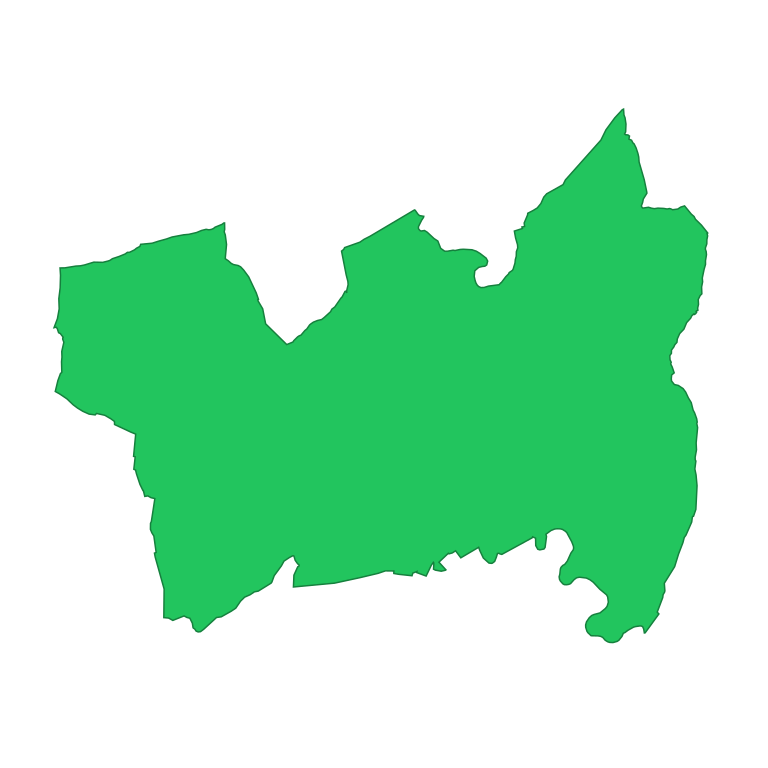 outline of Sercaia, Brasov, Romania, rotated 88°
{"feature_id": "2599482B18574543528453", "entity_name": "Sercaia", "entity_type": "district", "adm_level": 2, "iso_a3": "ROU", "parent_name": "Romania", "parent_adm1": "Brasov", "projection": "natural_earth1", "projection_center": [25.127, 45.831], "detail": "fine", "context": "isolated", "style": "filled", "palette": "green", "viewbox_px": 768, "rotation_deg": 88, "n_neighbors": 0, "source": "geoboundaries", "source_scale": "gbopen_adm2", "svg_char_len": 6079}
<svg xmlns="http://www.w3.org/2000/svg" viewBox="0 0 768 768"><g transform="rotate(88 384 384)"><path d="M579.1,503.8L578.1,503.0L571.7,500.4L562.2,492.9L557.5,490.1L554.1,484.6L552.5,481.2L552.6,480.3L552.9,480.0L557.1,478.9L560.8,476.5L561.4,475.5L562.3,475.1L563.2,475.6L563.7,476.6L571.9,480.7L583.7,481.6L581.3,440.4L576.6,414.3L573.0,396.4L570.8,389.1L571.2,380.7L573.7,380.8L574.7,376.0L576.6,362.7L574.0,361.8L572.5,357.6L573.6,357.9L577.4,348.6L566.9,343.1L563.9,340.9L564.3,340.6L566.1,340.5L570.8,341.0L571.8,339.2L573.1,333.3L572.3,329.2L571.9,328.6L564.0,335.3L555.4,325.6L556.0,325.0L555.2,321.6L553.2,318.3L560.4,313.3L550.5,295.1L553.7,294.1L561.4,290.8L566.6,285.4L567.0,282.9L566.8,281.9L565.2,279.6L561.1,277.8L557.3,276.5L557.2,275.0L557.8,274.2L558.4,272.2L542.9,241.3L541.9,240.8L543.4,237.9L550.8,238.0L554.5,236.1L555.2,234.1L554.5,229.9L552.9,228.7L542.1,226.9L539.8,227.4L536.3,222.3L534.9,218.5L534.7,216.1L534.9,213.0L535.5,210.8L537.4,208.0L538.9,206.5L548.2,201.9L552.6,200.4L554.5,200.2L556.4,200.7L559.5,203.1L567.4,207.0L570.6,209.7L571.6,211.7L573.4,213.5L575.0,214.2L580.1,214.9L582.8,215.7L585.4,215.4L587.1,214.6L590.0,212.2L590.8,210.8L591.0,208.5L590.7,206.3L590.0,204.5L586.2,200.9L584.4,198.3L583.9,195.4L585.0,188.5L586.9,184.9L589.4,181.8L596.6,175.5L602.5,168.9L604.6,167.9L609.9,167.4L614.0,168.8L616.1,170.6L620.3,176.1L621.7,182.2L622.6,184.5L624.7,187.0L628.7,189.9L631.8,190.9L634.2,190.9L638.2,189.8L639.8,188.8L642.8,185.8L643.2,179.0L643.7,176.4L644.9,174.2L647.8,171.9L649.4,169.5L650.1,167.6L650.4,164.2L649.4,160.0L648.3,158.2L644.6,155.0L641.4,153.5L640.9,152.0L638.6,148.7L635.7,143.1L635.2,141.0L634.7,136.4L635.0,134.8L635.7,133.9L638.0,133.0L641.9,132.5L641.8,131.7L623.4,117.3L621.5,118.9L607.2,112.9L604.2,112.4L601.9,110.9L600.5,110.5L592.9,110.8L576.7,99.9L564.3,95.6L553.0,90.8L547.9,89.3L545.6,87.5L532.7,81.3L527.9,80.5L527.1,80.1L527.0,79.3L520.2,76.7L496.6,74.7L485.8,75.3L479.8,76.3L471.9,75.0L470.6,75.6L468.1,75.6L460.7,74.0L453.8,74.1L438.5,72.1L434.3,72.8L433.0,72.3L429.7,72.7L423.7,74.6L420.8,76.0L413.3,77.6L408.5,80.3L402.6,82.8L399.1,85.2L395.7,89.9L394.7,93.8L391.1,96.5L388.8,96.7L385.0,96.2L383.0,93.6L377.0,95.4L373.9,96.8L372.3,96.2L369.8,97.3L365.6,97.4L363.4,95.7L360.1,95.5L357.3,93.2L354.9,92.0L352.6,89.8L349.2,89.3L343.9,86.7L339.7,82.4L333.2,79.4L329.0,75.3L326.4,73.9L324.9,72.0L325.3,71.9L325.4,71.5L324.7,70.2L323.3,69.1L322.3,69.6L321.7,69.1L321.6,68.0L321.3,67.7L319.1,67.9L315.4,66.9L310.5,67.0L306.6,64.9L305.0,63.2L298.1,63.2L293.0,62.0L289.2,62.2L280.6,60.1L275.7,58.5L272.0,58.4L266.0,57.2L262.9,57.4L260.5,58.1L259.1,58.0L255.2,56.5L251.1,56.3L247.3,55.4L244.8,55.9L244.4,55.2L236.3,61.2L230.2,67.0L227.4,68.3L225.0,70.9L216.5,77.4L217.6,81.4L219.4,84.3L219.9,89.5L218.9,91.4L218.6,92.6L219.0,94.9L218.3,98.2L217.8,104.2L218.2,107.7L217.6,110.6L216.6,113.5L217.2,118.7L217.1,119.5L216.2,120.1L215.1,120.6L211.6,119.2L208.2,118.4L202.5,114.6L201.2,114.7L188.9,116.8L171.1,121.3L166.0,121.5L162.4,122.2L156.9,123.8L152.7,125.7L151.6,126.9L149.0,128.1L147.8,130.7L144.8,130.0L143.6,131.5L143.3,133.9L142.5,134.8L140.5,133.7L132.7,133.1L126.4,133.8L123.5,134.8L117.6,135.0L118.2,136.3L126.1,144.1L137.7,153.3L147.8,158.7L186.4,195.6L191.0,198.1L199.6,214.8L202.8,217.8L209.1,220.9L213.4,224.7L215.8,228.9L218.4,234.4L220.0,234.6L228.0,238.3L231.5,238.0L231.9,240.7L233.4,240.2L235.7,248.4L242.6,247.4L249.5,245.7L252.6,245.6L256.4,247.1L261.0,247.4L264.2,248.4L267.8,248.9L273.9,251.0L275.0,251.8L277.0,255.0L278.4,255.7L281.1,258.6L286.9,263.3L287.0,263.8L288.8,265.5L289.8,276.1L291.0,280.5L291.0,283.8L289.9,286.0L288.4,287.4L286.2,288.6L283.4,289.4L279.6,290.1L274.0,289.3L270.7,285.2L270.0,281.7L269.8,279.1L268.6,277.2L264.8,276.1L261.8,277.5L257.0,283.3L254.5,287.1L252.9,291.4L252.1,300.0L252.2,303.3L253.1,308.3L252.7,310.3L253.5,316.0L253.4,318.7L250.4,322.6L243.0,325.2L240.4,328.9L233.8,335.5L232.0,338.2L232.4,341.3L232.1,342.4L230.7,343.7L229.5,344.2L227.8,344.0L221.7,340.7L218.9,338.7L217.8,338.4L216.9,342.7L215.4,344.2L211.4,346.8L211.1,347.5L235.9,392.9L238.7,398.9L241.4,403.1L246.3,418.6L248.1,419.6L249.7,421.8L273.5,418.0L280.3,416.5L283.5,416.4L289.7,418.1L291.7,418.0L289.8,418.7L290.1,419.7L295.5,422.8L296.6,424.0L305.3,430.5L307.4,433.5L309.9,434.9L315.6,441.6L317.4,444.1L318.2,448.2L319.7,452.4L321.5,455.2L322.4,456.3L326.3,459.2L327.8,461.2L332.3,465.3L332.9,467.1L333.9,468.7L337.5,472.6L338.9,473.6L341.2,479.8L319.7,500.2L304.6,502.6L296.7,506.9L295.3,507.2L295.0,506.5L288.5,508.5L272.2,515.5L265.2,520.3L261.9,523.2L260.5,525.6L259.4,530.2L258.1,532.5L255.5,535.2L253.2,538.3L239.1,536.5L229.5,537.4L226.3,538.4L223.9,537.8L217.5,537.7L217.5,538.5L218.8,540.3L221.4,547.4L222.7,549.1L223.5,551.2L223.8,553.6L223.2,556.4L224.2,561.0L226.1,566.1L227.6,573.8L227.9,579.0L229.7,590.7L231.5,596.4L233.4,604.4L235.2,610.8L235.9,622.3L238.0,623.2L239.7,626.7L241.2,628.6L243.5,633.7L243.5,635.9L245.0,638.1L247.3,644.3L249.3,651.1L250.8,653.4L251.4,655.2L252.6,660.8L252.1,669.8L254.6,679.2L255.3,683.4L255.4,687.8L256.8,699.0L256.7,703.7L264.1,703.5L276.7,704.3L287.4,706.0L297.6,706.0L307.3,708.1L316.2,711.8L315.8,709.7L317.2,708.6L321.4,707.4L322.3,705.7L326.1,703.0L326.9,703.5L328.1,703.5L331.1,702.5L340.2,704.9L345.9,704.9L350.5,705.5L361.1,705.6L362.3,707.0L369.2,709.8L380.0,712.8L382.4,708.8L387.7,701.5L393.9,695.4L397.3,691.2L400.8,685.9L403.8,679.8L404.8,673.7L403.4,672.3L405.5,664.2L409.1,658.4L412.0,654.7L415.1,654.7L423.2,638.8L425.4,633.9L447.6,636.8L448.1,635.2L460.5,637.0L461.3,635.3L465.2,634.5L475.8,631.4L482.1,628.6L482.1,628.2L488.0,627.0L487.6,623.9L489.5,620.8L490.5,617.0L513.3,621.3L515.1,622.2L521.1,622.5L524.6,621.2L527.9,619.3L544.4,617.6L545.0,619.3L549.0,618.7L581.2,610.9L609.8,612.2L610.4,607.4L612.9,603.3L608.8,591.9L610.4,589.2L611.3,586.2L616.3,583.9L621.0,583.3L622.4,581.6L624.4,580.4L625.3,578.4L625.1,576.0L622.8,572.7L611.5,559.5L611.0,554.8L605.8,544.7L602.9,540.0L596.1,535.0L592.2,530.8L589.9,525.1L587.2,520.8L586.6,516.9L579.1,503.8Z" fill="#22c55e" stroke="#15803d" stroke-width="1.5"/></g></svg>